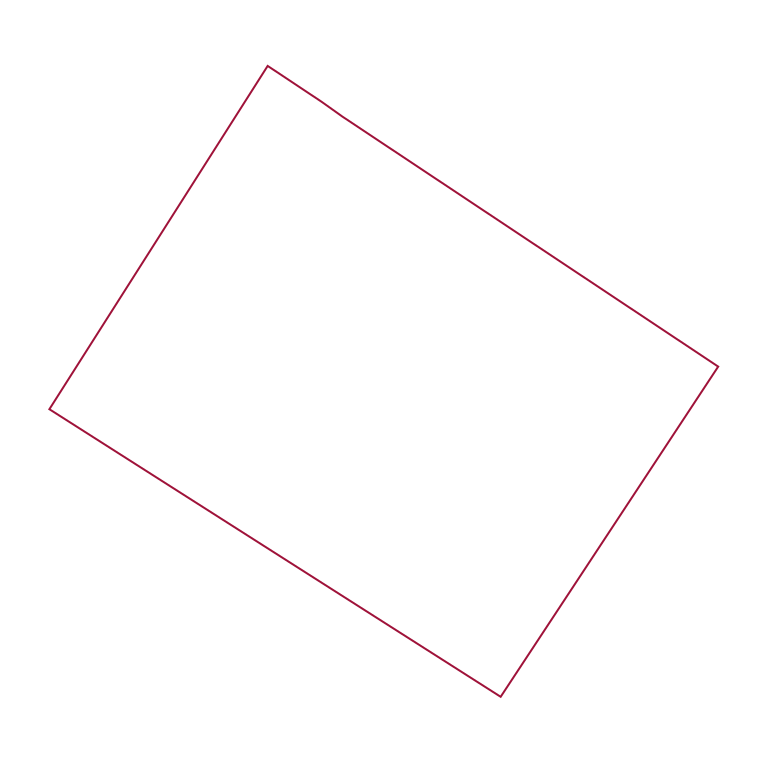 outline of Zavala, Texas, United States of America, rotated 213°
{"feature_id": "52423323B15496967187618", "entity_name": "Zavala", "entity_type": "district", "adm_level": 2, "iso_a3": "USA", "parent_name": "United States of America", "parent_adm1": "Texas", "projection": "robinson", "projection_center": [-99.64, 28.866], "detail": "fine", "context": "isolated", "style": "outline", "palette": "rose", "viewbox_px": 768, "rotation_deg": 213, "n_neighbors": 0, "source": "geoboundaries", "source_scale": "gbopen_adm2", "svg_char_len": 250}
<svg xmlns="http://www.w3.org/2000/svg" viewBox="0 0 768 768"><g transform="rotate(213 384 384)"><path d="M650.9,180.6L115.8,185.2L113.2,580.6L564.4,585.6L590.1,586.7L654.8,587.4L650.9,180.6Z" fill="none" stroke="#9f1239" stroke-width="2"/></g></svg>